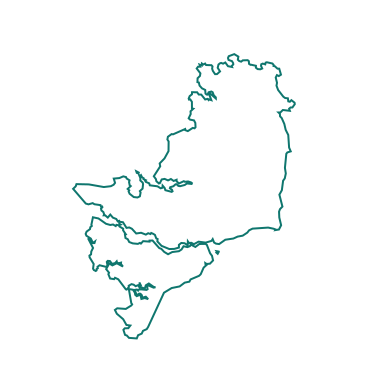 outline of Tiwi Islands, Northern Territory, Australia, rotated 314°
{"feature_id": "25037944B62285809064209", "entity_name": "Tiwi Islands", "entity_type": "district", "adm_level": 2, "iso_a3": "AUS", "parent_name": "Australia", "parent_adm1": "Northern Territory", "projection": "natural_earth1", "projection_center": [130.684, -11.553], "detail": "fine", "context": "isolated", "style": "outline", "palette": "teal", "viewbox_px": 384, "rotation_deg": 314, "n_neighbors": 0, "source": "geoboundaries", "source_scale": "gbopen_adm2", "svg_char_len": 6052}
<svg xmlns="http://www.w3.org/2000/svg" viewBox="0 0 384 384"><g transform="rotate(314 192 192)"><path d="M172.1,163.2L167.5,157.0L168.5,155.2L167.2,151.7L167.5,150.6L168.4,150.6L167.6,148.2L168.3,147.7L167.9,145.9L168.7,143.6L167.9,143.6L167.4,142.3L166.2,145.1L164.4,146.8L164.5,150.0L163.7,151.3L160.1,154.1L156.4,153.9L155.9,155.4L152.7,157.5L150.2,156.6L147.9,153.6L147.4,148.3L148.4,146.0L149.6,145.7L149.5,143.6L153.7,143.8L153.6,142.4L155.4,139.8L157.0,139.0L156.3,135.6L156.9,134.2L155.5,131.7L151.6,130.1L147.3,126.4L145.1,130.3L142.8,130.6L139.8,129.6L134.3,125.1L125.8,112.5L117.4,103.4L115.3,104.4L111.7,104.3L109.9,123.6L111.2,126.1L115.0,128.3L115.4,130.3L119.0,135.3L118.3,136.5L119.2,137.4L118.8,138.1L116.8,138.1L115.8,139.7L116.0,142.2L114.9,144.3L113.9,144.7L114.9,145.7L115.1,149.2L119.0,148.9L118.6,152.9L120.0,156.3L119.3,158.9L120.7,159.6L120.4,160.8L122.3,163.3L120.7,169.8L122.9,171.5L123.8,174.3L123.4,180.7L127.3,183.7L129.3,188.4L131.9,189.1L132.9,191.3L134.2,191.1L134.9,193.0L135.4,195.1L133.8,198.5L134.3,199.9L132.4,201.4L132.1,207.5L135.2,215.3L138.8,218.8L142.9,221.2L144.9,219.3L147.9,219.7L150.0,222.3L150.7,225.9L153.6,223.3L153.2,225.3L155.0,226.8L155.8,229.6L160.8,231.2L165.1,237.0L170.4,240.0L172.5,239.6L171.0,243.0L171.5,245.1L173.4,247.7L180.8,249.1L187.3,254.1L191.6,255.8L195.8,258.8L201.2,260.0L204.1,259.7L207.7,261.0L219.3,271.5L222.2,276.1L223.2,278.4L222.6,278.5L225.4,280.6L230.0,279.2L234.3,272.5L238.3,268.3L240.8,267.2L244.3,267.2L250.8,256.7L255.7,255.4L263.4,249.7L266.2,249.3L270.5,246.6L273.9,242.1L285.0,233.3L286.7,233.1L289.8,234.8L291.4,231.0L299.9,221.6L301.8,216.2L305.1,211.1L307.5,205.2L307.6,202.8L309.3,200.9L309.3,199.0L310.6,200.3L314.1,200.4L318.4,206.0L319.4,204.0L321.3,204.2L322.6,205.5L326.6,204.9L327.5,203.7L327.1,199.7L324.9,199.7L324.1,198.3L326.0,195.9L324.3,193.7L324.0,191.5L325.2,183.1L327.2,178.9L329.6,177.3L332.5,172.7L335.1,171.9L335.7,173.9L338.2,174.5L341.3,169.1L340.1,167.8L340.0,164.1L339.3,163.1L340.1,162.5L340.3,160.6L337.3,155.7L336.2,155.1L334.7,156.0L333.5,153.7L332.0,153.1L330.7,154.0L329.6,156.7L327.7,155.9L326.0,153.8L325.8,151.6L327.2,150.3L324.3,145.6L324.2,146.3L323.8,144.0L325.6,142.0L325.5,140.5L322.0,137.1L319.9,136.8L319.0,135.0L319.0,133.1L321.6,131.3L320.5,126.6L315.2,124.1L313.4,124.8L312.4,126.5L313.9,129.9L313.3,132.1L312.4,133.1L310.0,133.0L309.7,133.9L307.5,130.5L308.3,126.0L305.9,125.2L305.1,123.3L303.9,122.7L302.1,122.5L299.2,124.2L298.2,128.4L294.2,128.1L292.8,126.7L293.6,122.9L294.7,120.8L296.6,119.5L296.7,117.9L293.1,113.9L293.5,112.2L291.6,111.6L291.3,109.9L289.9,111.2L288.9,108.9L287.9,110.9L286.3,109.3L284.1,109.6L283.2,115.6L281.0,117.1L277.7,117.0L274.8,119.6L275.5,120.9L273.8,123.5L273.5,127.2L274.6,130.6L272.2,133.3L272.2,134.7L272.8,135.5L275.3,134.7L277.7,136.1L278.1,137.5L276.7,140.5L276.6,143.4L275.8,144.2L275.5,136.7L273.9,137.1L271.5,142.1L270.4,139.8L269.7,140.0L269.8,138.5L267.7,137.2L268.5,131.0L266.8,129.1L267.3,126.4L263.8,122.7L262.2,124.1L259.4,123.7L256.9,124.7L256.4,125.7L257.4,126.4L256.8,129.3L252.1,133.9L252.8,135.1L249.0,134.9L247.2,136.9L242.7,138.4L242.7,140.3L244.9,143.7L244.0,146.4L241.1,149.5L239.6,149.6L238.6,148.0L232.9,146.7L231.8,144.1L232.5,143.3L220.3,138.3L219.5,137.1L215.0,136.3L212.7,137.8L212.1,140.1L205.1,146.7L197.0,148.9L190.1,148.9L188.4,151.3L176.8,153.6L176.2,157.1L175.0,158.9L175.2,163.1L175.6,162.0L176.1,162.7L180.0,161.5L182.4,163.2L183.7,166.7L186.7,167.8L187.2,171.1L190.1,172.4L189.0,173.5L189.1,176.7L194.1,178.6L194.4,179.8L196.9,181.9L198.2,184.6L198.3,185.8L197.5,186.1L194.6,182.4L192.0,181.9L187.9,179.4L186.9,177.9L186.9,175.5L186.1,174.8L183.2,174.6L180.3,173.0L179.3,173.5L179.7,176.0L179.0,177.5L178.0,177.3L174.8,171.6L175.9,169.5L176.2,166.4L174.5,167.8L172.9,166.9L172.1,163.2ZM159.7,233.4L154.8,232.6L153.3,227.6L151.6,228.1L149.2,227.0L147.1,223.6L143.4,224.4L140.3,223.7L135.1,219.5L130.6,218.0L129.6,213.6L129.8,209.4L128.9,207.4L129.7,197.3L127.5,195.2L126.8,195.9L122.7,191.0L119.4,191.1L119.2,189.9L117.1,189.1L113.9,185.1L112.4,181.6L113.4,178.6L112.7,176.1L114.9,173.2L115.6,173.7L116.6,169.0L117.8,168.0L116.8,163.9L117.2,162.5L115.9,160.5L114.5,160.8L113.8,157.8L111.5,156.1L109.4,152.2L108.0,143.1L105.0,138.3L98.5,142.4L98.0,143.5L96.0,143.3L94.5,144.4L90.3,143.7L88.0,144.6L87.2,146.4L88.2,151.6L86.9,155.1L87.4,156.4L88.9,156.6L87.5,157.3L85.9,155.6L86.5,149.3L83.0,159.7L79.2,160.9L77.0,162.7L75.0,162.4L73.9,163.7L71.9,171.3L68.1,174.1L67.7,175.7L68.3,177.6L69.3,177.8L70.4,176.9L71.7,177.2L72.5,176.0L75.1,176.4L78.6,182.4L80.6,182.1L82.5,179.3L83.9,179.2L85.3,180.9L84.8,184.5L87.6,186.1L89.8,186.0L89.2,187.0L89.8,188.7L91.9,190.0L90.9,190.8L90.4,194.1L88.5,187.4L83.9,185.7L82.8,180.7L81.4,182.6L76.9,183.8L76.3,188.4L74.8,188.9L72.9,193.2L75.2,196.5L76.8,196.2L78.0,199.6L76.0,212.0L76.4,212.8L79.8,212.6L80.6,211.6L83.7,212.5L84.8,214.4L85.1,216.9L87.7,218.0L88.7,219.7L90.4,216.9L89.3,220.1L87.1,219.7L86.9,220.7L88.1,221.4L89.7,225.1L92.8,223.6L96.2,224.5L97.1,230.4L98.1,231.9L96.5,230.8L94.5,225.4L92.7,225.5L91.2,227.6L90.0,227.3L86.5,222.9L84.4,221.2L83.6,221.6L83.4,220.0L81.8,218.8L79.3,224.0L82.2,224.6L83.0,225.6L82.9,227.6L81.5,229.7L84.6,231.5L84.5,234.9L82.9,231.7L79.9,229.9L82.3,226.2L78.7,224.6L78.6,222.6L79.9,220.8L80.7,217.4L78.3,214.0L69.9,225.5L69.6,227.0L68.3,227.2L61.9,225.6L56.4,219.0L53.6,218.5L52.2,222.5L52.7,230.9L50.8,237.2L53.1,240.4L49.8,240.8L47.2,238.3L45.2,238.4L42.7,243.1L43.5,244.8L43.3,248.0L48.3,254.0L51.5,252.7L55.2,254.2L58.1,253.2L61.9,254.7L64.4,254.2L100.1,241.8L108.8,244.1L115.5,248.7L121.7,249.7L125.7,252.4L128.1,251.7L136.6,255.3L138.9,255.4L145.7,252.9L150.0,253.2L149.1,252.3L150.1,251.0L150.4,252.5L152.9,254.7L157.4,254.7L160.0,250.7L160.5,247.6L164.3,239.4L164.0,237.7L159.7,233.4ZM166.3,251.8L165.5,251.8L165.3,250.6L165.4,253.4L167.6,252.8L168.3,252.1L167.7,252.5L166.5,250.8L166.3,251.8ZM167.4,139.0L168.3,140.5L169.0,140.2L168.2,137.5L167.4,139.0ZM118.3,163.0L119.0,163.3L118.7,162.1L118.3,163.0Z" fill="none" stroke="#0f766e" stroke-width="2"/></g></svg>